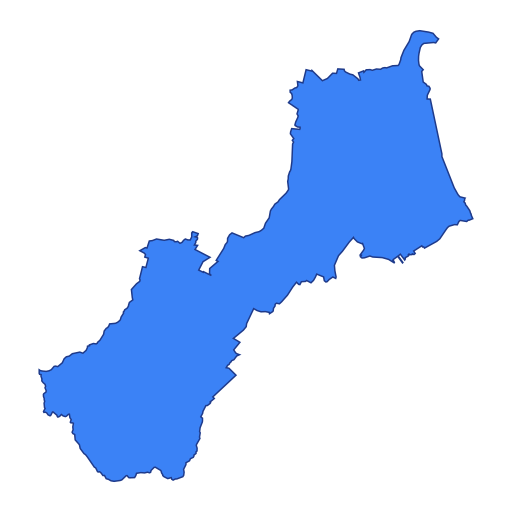 Vadu Crisului, Bihor, Romania
{"feature_id": "2599482B52238792704347", "entity_name": "Vadu Crisului", "entity_type": "district", "adm_level": 2, "iso_a3": "ROU", "parent_name": "Romania", "parent_adm1": "Bihor", "projection": "albers", "projection_center": [22.467, 46.953], "detail": "fine", "context": "isolated", "style": "filled", "palette": "blue", "viewbox_px": 512, "rotation_deg": 0, "n_neighbors": 0, "source": "geoboundaries", "source_scale": "gbopen_adm2", "svg_char_len": 5967}
<svg xmlns="http://www.w3.org/2000/svg" viewBox="0 0 512 512"><path d="M173.1,480.1L175.3,479.0L176.9,478.9L182.8,476.7L183.7,475.3L184.1,472.2L183.6,469.3L185.9,464.7L186.0,462.7L189.5,460.8L190.4,458.7L193.3,457.3L193.9,456.1L194.0,455.0L196.0,453.5L196.0,451.9L197.0,451.0L197.1,448.1L196.3,445.5L196.5,444.5L199.9,438.5L199.5,437.1L200.2,432.8L199.6,431.6L200.1,427.7L202.3,422.1L202.5,420.9L202.5,418.2L200.8,416.8L202.6,413.4L203.0,411.3L205.9,405.6L207.4,405.5L209.9,403.6L210.6,402.7L210.1,402.0L214.3,398.5L212.8,396.9L236.0,375.2L228.9,368.2L226.2,367.7L227.6,365.3L229.1,364.4L230.0,362.6L231.0,361.9L231.6,360.7L233.9,359.7L236.7,356.0L239.5,354.7L236.8,353.7L235.7,352.9L233.7,349.9L239.9,342.3L233.4,338.4L243.4,330.1L246.2,326.7L246.6,323.6L253.7,308.6L257.0,310.5L261.0,311.8L265.4,311.6L269.3,312.4L269.5,313.7L272.7,311.6L273.2,310.9L273.5,308.3L275.1,305.9L275.0,304.9L275.4,304.0L276.5,303.2L279.4,303.8L281.6,301.8L287.5,295.1L292.8,286.9L296.5,282.2L298.7,284.4L299.9,284.6L301.4,281.7L305.6,281.4L306.6,280.5L311.0,282.8L313.5,280.4L315.4,277.1L316.7,274.1L323.6,276.9L324.3,280.7L325.9,282.0L327.1,281.7L329.2,279.5L332.8,277.0L335.7,278.4L336.1,277.0L334.9,270.9L334.4,265.3L338.5,255.7L342.4,251.3L349.3,242.0L353.5,237.4L353.9,238.4L357.4,241.9L362.3,243.9L362.6,243.6L364.4,248.4L363.7,250.0L360.1,255.0L361.4,255.3L360.4,256.7L362.0,258.0L364.5,257.8L369.9,256.0L372.7,257.0L382.3,257.6L388.6,259.4L394.1,262.8L394.4,262.4L393.6,260.8L392.9,260.3L393.3,259.5L397.7,256.3L402.5,262.9L402.9,262.5L398.2,256.0L400.3,254.2L404.7,260.0L405.3,259.0L405.3,257.6L408.0,256.2L408.7,255.5L408.3,254.7L409.0,254.0L410.1,254.7L411.9,254.6L412.2,254.0L412.7,253.8L412.9,254.3L414.0,254.5L415.2,253.5L413.7,251.0L421.8,245.8L422.6,247.0L423.7,246.9L424.5,248.1L436.7,241.4L439.8,238.8L445.9,229.8L447.5,227.6L449.1,226.2L454.5,224.6L457.3,224.8L458.9,221.5L460.2,220.4L466.7,221.5L468.3,220.1L469.1,220.2L472.8,218.7L471.3,215.3L471.1,214.0L470.6,213.3L469.8,210.7L466.8,206.2L465.8,205.2L465.1,203.0L463.9,201.8L464.6,200.2L464.7,198.7L465.1,198.1L459.9,196.8L458.0,194.6L454.2,187.8L441.9,156.6L441.9,153.9L430.3,99.1L427.1,99.0L427.3,95.3L430.0,89.6L430.1,88.3L428.9,86.3L427.0,85.9L426.4,84.4L423.2,82.0L421.7,71.4L423.2,69.7L419.8,66.2L419.3,65.5L418.9,63.9L418.5,60.4L418.6,56.2L419.0,53.4L420.3,47.5L421.8,45.0L423.8,43.4L433.5,42.5L435.7,42.9L438.6,38.9L436.4,37.3L433.0,33.3L428.6,32.1L419.8,30.7L415.9,31.3L413.7,32.3L411.7,34.4L409.2,41.5L403.9,50.3L401.0,57.6L400.7,59.8L399.0,64.5L398.1,65.5L392.5,65.8L386.6,67.9L384.9,67.6L382.7,68.0L380.5,69.3L376.4,69.0L372.3,70.3L370.1,69.6L366.2,69.8L363.9,72.3L363.5,70.9L358.5,72.9L360.0,77.3L360.5,80.0L358.7,80.3L357.9,78.8L352.8,74.8L349.9,74.1L345.6,72.0L344.4,70.8L344.1,69.3L337.8,68.9L336.5,73.4L332.6,73.2L327.4,78.5L322.4,80.7L312.0,70.5L311.9,71.1L306.1,69.7L302.9,82.9L297.4,81.5L297.9,85.8L296.7,87.6L294.9,88.0L292.1,89.9L290.1,90.2L290.2,92.3L291.6,93.5L292.2,95.6L292.3,98.1L291.8,99.4L289.6,101.2L288.5,102.7L298.2,109.3L298.2,110.0L297.0,113.9L298.2,115.9L297.7,117.7L295.7,122.0L294.9,125.0L295.5,125.4L295.4,125.7L297.6,127.0L300.1,127.2L300.1,128.4L299.7,129.4L291.7,128.6L290.6,131.9L290.4,133.8L293.8,138.6L292.3,140.3L293.6,142.1L292.6,144.0L291.9,161.6L290.9,169.1L290.4,170.7L289.7,171.7L288.3,176.0L288.2,179.0L287.7,181.4L288.6,189.0L288.3,190.0L286.1,193.2L279.5,199.6L278.0,201.9L274.8,204.2L273.6,206.3L271.4,209.1L270.4,211.0L269.2,217.8L265.5,223.2L263.8,228.2L261.4,230.3L259.0,231.7L255.1,232.6L248.9,235.4L245.4,236.1L243.7,237.7L232.0,232.9L229.6,234.8L227.6,238.3L227.5,241.4L226.9,242.7L225.3,244.5L223.7,248.5L216.2,260.4L218.0,261.4L209.7,268.5L209.5,273.7L211.3,275.5L203.5,271.7L203.3,272.3L198.7,270.1L203.0,261.7L210.0,257.3L195.0,249.5L197.6,245.4L194.4,245.0L195.8,242.5L195.7,241.3L197.4,239.3L197.6,237.9L196.9,237.2L195.2,236.8L197.4,235.8L198.2,233.6L192.7,231.7L192.3,232.1L192.3,232.6L191.7,232.9L191.7,237.0L190.2,240.0L187.8,239.9L185.3,239.0L183.6,240.3L182.0,242.4L180.0,243.3L177.6,241.3L176.1,241.8L174.4,241.6L173.7,240.4L169.3,239.3L164.2,240.3L156.5,239.0L152.3,240.6L149.3,241.0L147.0,248.0L145.3,247.6L139.8,250.7L144.1,253.0L145.5,254.5L144.8,257.1L148.3,258.2L145.9,267.5L142.5,266.7L139.5,278.8L140.1,279.9L139.7,281.4L136.5,283.8L131.4,289.5L132.3,297.6L132.8,299.9L129.4,302.4L128.5,305.2L128.5,306.0L127.2,308.1L124.7,309.8L124.2,311.0L123.3,312.1L123.6,313.1L121.1,317.1L120.5,319.3L119.9,320.4L117.6,322.3L115.5,323.3L109.6,323.9L108.8,326.0L107.7,327.5L106.2,328.4L104.2,331.0L103.6,334.3L99.9,340.3L97.6,342.3L97.3,343.2L96.1,343.9L93.4,343.5L89.4,344.9L89.5,345.7L87.5,346.2L87.4,347.7L86.1,350.4L82.9,353.2L79.8,352.1L72.3,353.7L69.3,356.1L66.3,356.8L64.2,358.7L62.3,362.8L57.8,366.6L55.4,366.1L54.1,366.4L51.3,369.7L49.1,370.8L46.2,371.4L42.9,371.1L40.5,370.7L39.2,369.8L39.2,373.4L39.6,374.3L41.1,374.6L41.0,376.3L41.9,378.9L41.8,380.9L43.1,382.6L45.1,384.4L45.6,386.3L45.0,387.8L46.2,390.7L46.0,392.0L43.7,393.8L43.4,394.5L43.5,396.5L44.2,398.4L44.2,399.9L44.7,401.2L44.1,403.2L44.5,407.5L45.1,408.4L43.5,411.5L43.9,412.4L45.5,412.2L46.8,413.0L48.0,414.8L50.0,415.8L50.7,415.4L52.5,412.0L53.0,411.9L56.9,415.2L57.3,416.5L57.9,417.1L59.6,416.4L61.4,414.5L63.1,415.9L65.3,416.6L66.4,416.2L68.4,414.3L69.4,414.2L69.9,417.7L71.2,419.6L70.3,422.2L70.8,422.8L72.6,422.9L73.4,423.3L72.8,426.9L73.1,429.7L72.1,432.2L72.9,433.6L74.7,434.5L75.2,439.9L79.4,444.7L80.2,448.5L84.0,453.6L85.6,454.7L87.4,457.0L94.3,467.1L95.7,467.9L97.5,471.6L98.2,472.0L99.6,471.7L101.1,473.0L102.9,475.5L104.5,475.5L106.2,478.7L108.6,479.4L111.0,480.8L114.1,481.3L120.1,480.5L121.8,479.9L126.2,475.7L127.1,475.6L128.7,477.6L129.6,477.8L134.6,477.6L135.8,475.6L136.5,473.3L140.8,472.6L144.6,472.9L147.5,472.2L149.6,472.8L150.6,472.3L151.1,470.4L154.1,467.4L155.3,467.2L160.7,470.4L161.3,471.6L161.5,472.8L162.7,474.7L162.8,475.6L164.0,476.7L167.8,478.6L171.2,477.6L171.7,479.2L173.1,480.1Z" fill="#3b82f6" stroke="#1e3a8a" stroke-width="1.5"/></svg>